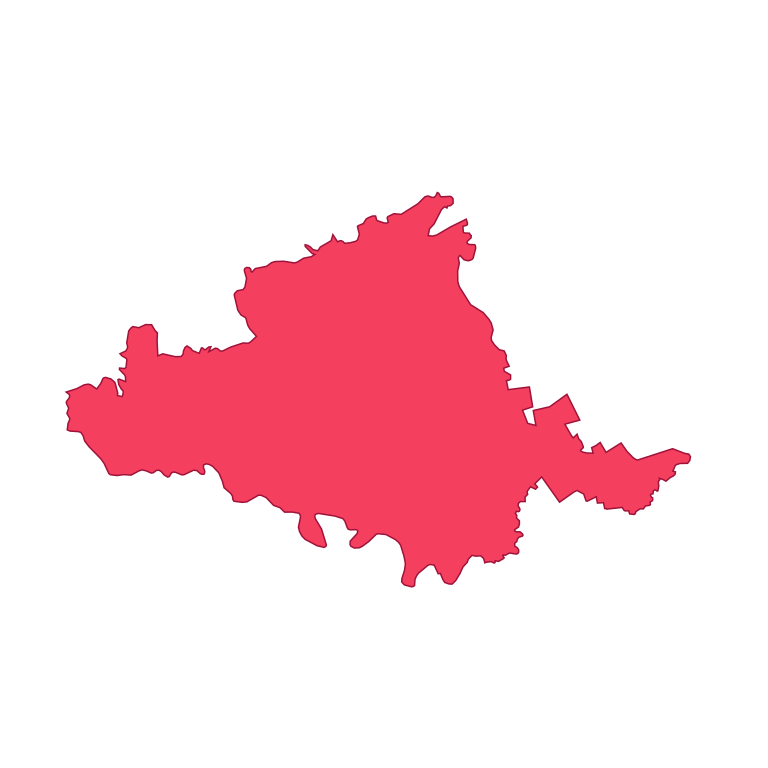 outline of Tam Duong, Vĩnh Phúc, Vietnam, rotated 278°
{"feature_id": "81297802B22502411355715", "entity_name": "Tam Duong", "entity_type": "district", "adm_level": 2, "iso_a3": "VNM", "parent_name": "Vietnam", "parent_adm1": "Vĩnh Phúc", "projection": "robinson", "projection_center": [105.552, 21.36], "detail": "fine", "context": "isolated", "style": "filled", "palette": "rose", "viewbox_px": 768, "rotation_deg": 278, "n_neighbors": 0, "source": "geoboundaries", "source_scale": "gbopen_adm2", "svg_char_len": 6150}
<svg xmlns="http://www.w3.org/2000/svg" viewBox="0 0 768 768"><g transform="rotate(278 384 384)"><path d="M567.2,392.5L554.4,377.4L554.0,370.1L550.3,364.5L548.9,364.0L544.7,365.7L543.7,364.3L543.5,361.5L544.8,354.8L545.4,353.9L549.2,352.3L548.8,349.4L546.6,345.5L544.9,343.4L540.0,341.2L537.1,336.3L536.2,335.8L528.9,338.7L523.2,337.9L521.4,336.2L519.0,330.4L517.9,325.4L519.4,323.5L519.9,321.9L519.8,320.5L518.4,318.2L524.8,312.6L518.5,311.7L510.8,301.9L506.7,299.9L507.2,294.9L509.4,292.1L510.7,289.0L510.9,286.5L509.2,286.9L503.1,294.9L502.7,297.5L500.0,294.4L497.4,286.9L492.4,280.8L491.4,278.2L491.6,267.7L490.1,259.0L488.5,255.7L484.2,251.3L480.4,240.5L476.5,237.7L476.8,236.7L479.0,236.2L480.4,234.5L480.3,231.8L479.2,230.3L478.1,229.8L476.3,230.1L469.5,233.2L460.6,232.8L457.9,231.3L455.9,225.7L452.9,223.5L451.3,223.3L436.7,229.0L432.5,232.7L430.3,237.9L423.3,240.9L420.1,243.3L413.4,251.1L407.2,246.1L405.5,244.0L405.0,238.7L399.1,226.8L394.2,219.6L393.9,217.3L395.9,214.2L396.0,212.0L391.6,206.0L396.8,207.4L396.2,205.3L393.2,202.4L393.0,201.5L394.5,199.2L394.3,198.2L388.7,196.7L390.4,189.7L392.4,187.7L394.3,183.6L392.4,181.8L388.6,180.8L385.6,180.9L383.0,179.3L382.0,173.6L383.1,160.7L380.4,156.1L395.1,153.3L403.1,152.5L405.0,149.9L410.4,145.6L409.6,139.6L405.6,133.3L405.9,127.3L404.1,125.5L401.0,123.8L389.0,123.5L385.3,124.9L383.5,124.9L380.7,123.6L377.2,118.3L375.3,120.7L373.4,125.3L372.2,126.0L364.5,126.2L363.2,125.0L363.0,119.9L361.6,119.9L356.8,126.0L355.1,127.0L350.4,127.8L352.0,121.0L351.2,119.9L346.4,121.5L342.3,124.7L340.9,126.6L338.3,127.0L335.1,126.4L335.4,121.7L338.0,121.6L347.6,117.6L348.5,116.7L351.0,112.9L351.8,107.2L350.9,105.4L349.8,104.7L345.4,103.6L339.1,100.2L342.4,93.6L342.7,91.1L341.4,87.1L336.7,80.5L331.8,70.4L330.0,73.5L328.9,74.4L326.6,74.3L322.5,72.0L321.0,72.0L316.2,75.1L310.7,74.1L306.4,77.5L304.3,77.6L301.2,76.6L294.5,76.7L293.7,79.6L294.3,87.8L293.9,90.5L291.1,93.1L285.8,95.6L280.9,100.6L270.5,114.0L266.4,117.9L257.0,124.0L256.1,125.7L256.2,132.4L258.0,138.6L258.6,146.3L263.7,153.2L265.3,156.3L264.9,160.6L263.4,165.9L264.1,168.0L266.7,170.6L267.3,172.9L266.5,175.3L263.3,179.0L261.7,182.8L262.5,184.3L266.2,185.8L267.5,187.5L267.5,190.1L265.9,196.2L266.3,198.5L272.1,207.4L272.2,210.8L269.7,214.5L269.3,215.9L269.5,218.1L270.6,218.7L272.8,218.6L276.0,216.9L278.6,216.5L280.2,218.9L280.0,222.4L278.4,226.1L273.0,232.8L265.4,237.4L259.0,240.1L254.2,247.6L251.7,249.6L248.4,250.5L247.0,251.8L247.1,260.2L248.2,264.6L256.4,275.2L256.7,277.7L255.2,283.0L248.5,291.5L247.0,298.3L243.3,303.3L244.4,311.0L244.2,317.7L242.3,319.5L240.1,319.8L230.4,319.2L226.3,320.8L223.7,322.6L221.7,324.2L219.2,327.5L214.5,340.3L213.9,347.3L215.0,349.0L216.5,349.4L231.7,342.3L240.9,334.9L242.8,333.9L244.7,334.0L245.7,334.7L246.7,337.1L246.4,353.7L245.0,362.0L242.8,364.3L236.4,367.7L235.2,368.9L234.9,370.8L235.9,376.7L235.5,377.8L234.9,378.4L232.3,378.3L223.7,372.4L220.3,372.7L218.7,373.8L217.4,377.4L218.4,382.4L220.0,384.8L226.0,391.0L234.0,397.1L234.9,399.0L235.2,406.9L231.6,416.8L229.3,420.4L226.7,422.9L216.6,427.6L210.7,429.7L207.9,430.3L202.0,430.2L193.8,428.8L190.4,429.1L187.9,432.1L187.0,439.3L187.4,440.8L188.6,442.3L195.0,441.9L198.7,443.0L201.5,444.5L210.9,453.0L211.7,455.3L211.6,458.9L203.6,464.1L204.2,466.2L198.6,469.5L195.9,471.8L195.0,476.3L195.4,479.4L199.4,482.4L207.1,485.7L213.7,487.6L219.1,491.3L222.2,491.8L226.5,495.0L226.3,498.9L227.3,503.6L225.1,506.9L220.9,508.8L221.6,509.6L223.0,514.7L222.0,518.1L222.6,518.8L224.4,518.7L224.3,522.2L227.9,526.8L228.8,527.1L230.5,525.5L231.3,525.8L231.4,528.2L234.1,531.7L234.0,538.6L234.6,540.0L236.2,540.8L238.6,540.4L240.7,538.4L241.5,536.1L244.5,535.6L246.4,537.4L248.8,537.7L250.9,538.7L252.6,542.2L253.7,542.7L254.9,541.9L256.6,539.2L256.0,535.8L256.8,533.7L257.9,533.7L261.1,537.1L264.1,537.6L267.4,537.1L269.6,534.0L272.5,533.7L274.2,532.1L276.3,532.9L276.3,534.9L276.9,535.8L278.0,536.1L279.3,535.9L281.9,533.9L284.3,533.6L286.5,535.3L287.2,540.2L291.7,539.4L294.6,541.6L297.4,540.6L302.6,543.4L300.9,548.7L303.3,550.4L306.2,547.2L313.9,553.1L291.4,574.3L303.5,587.1L305.4,590.0L302.8,597.1L296.3,600.4L296.3,601.7L301.9,609.9L295.8,611.9L297.0,617.9L291.3,619.9L291.7,621.4L291.1,621.9L294.9,637.0L292.2,639.4L291.9,640.5L292.5,643.9L289.5,645.3L289.6,649.8L290.5,650.9L292.6,651.1L296.1,655.1L296.4,658.2L299.7,660.0L300.7,663.7L301.6,664.6L304.2,664.0L305.8,666.1L306.7,666.2L308.6,665.9L309.2,664.5L311.0,663.3L312.1,663.8L312.7,665.7L315.5,665.6L316.8,666.7L316.9,667.7L315.9,669.4L316.4,670.1L321.4,670.3L325.3,669.2L327.9,670.5L328.9,669.9L328.3,673.4L327.0,676.7L331.5,680.8L332.8,682.9L334.8,684.7L335.9,684.9L337.6,684.8L337.9,682.2L343.8,683.8L344.8,684.7L346.5,688.2L347.7,695.7L351.0,697.5L354.7,697.6L357.0,695.6L357.2,691.1L360.1,678.8L344.1,645.9L344.0,644.8L345.5,641.2L351.1,634.0L358.6,627.0L347.2,613.4L356.2,606.2L352.4,602.3L349.9,598.5L344.6,600.7L343.9,594.4L344.3,590.0L345.1,588.2L345.8,587.9L348.7,590.2L349.6,590.1L354.4,587.4L357.0,584.3L361.2,582.2L357.0,578.9L358.8,576.9L369.4,568.7L375.5,582.9L399.3,566.6L384.5,551.2L378.5,535.5L364.1,540.2L365.0,531.8L377.4,524.8L382.1,534.4L401.3,528.4L395.7,507.8L404.3,504.8L405.4,507.7L406.4,508.7L410.6,508.1L413.3,501.4L416.3,500.3L419.0,505.5L424.2,502.1L426.0,501.3L429.2,501.2L433.5,498.4L434.0,493.4L438.1,488.0L441.7,484.7L444.5,483.6L452.8,484.5L459.3,481.7L462.7,478.9L468.5,472.3L474.6,458.7L491.0,444.9L495.8,442.8L503.5,441.6L506.4,441.2L513.8,441.8L519.1,440.1L521.0,440.5L521.8,441.4L518.2,445.9L517.7,449.9L518.4,452.0L519.8,454.0L521.3,454.8L531.2,455.9L533.6,455.3L534.6,454.4L534.0,448.9L534.9,446.8L536.0,446.4L537.4,447.1L540.9,449.9L543.2,449.7L543.5,448.8L545.2,447.7L544.8,443.1L544.9,442.0L545.6,441.4L551.1,440.2L552.7,443.8L553.5,444.3L554.8,444.3L558.7,442.5L548.8,428.0L538.9,415.5L537.2,411.5L537.1,407.1L544.0,407.5L549.4,411.3L564.6,416.6L567.9,419.1L567.1,421.9L569.0,422.1L569.9,425.0L572.5,427.3L577.0,426.6L578.6,424.9L579.0,423.3L577.3,414.7L577.6,413.8L580.5,411.7L581.0,410.1L577.8,409.2L575.8,407.7L575.5,405.3L576.3,402.0L576.0,400.3L575.0,398.4L567.2,392.5Z" fill="#f43f5e" stroke="#9f1239" stroke-width="1.5"/></g></svg>